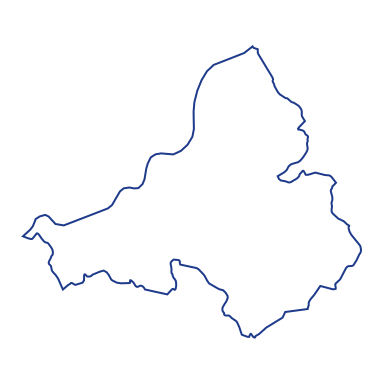 the border of Trenciansky
{"feature_id": "SVK-1055", "entity_name": "Trenciansky", "entity_type": "Region", "adm_level": 1, "iso_a3": "SVK", "parent_name": "Slovakia", "parent_adm1": "", "projection": "orthographic", "projection_center": [18.211, 48.911], "detail": "fine", "context": "isolated", "style": "outline", "palette": "blue", "viewbox_px": 384, "rotation_deg": 0, "n_neighbors": 0, "source": "natural_earth", "source_scale": "10m", "svg_char_len": 4950}
<svg xmlns="http://www.w3.org/2000/svg" viewBox="0 0 384 384"><path d="M173.3,154.4L180.9,150.9L187.6,144.7L192.4,136.7L193.9,129.0L193.6,113.5L193.6,111.4L194.4,102.1L197.3,90.7L201.6,80.1L207.0,71.2L213.7,64.9L244.2,53.0L252.6,46.4L253.6,47.9L257.7,49.2L257.8,51.9L257.8,52.6L258.0,53.3L258.2,53.9L272.3,77.2L272.8,78.4L273.1,79.3L273.0,79.8L272.7,80.7L272.6,81.1L272.8,81.7L273.9,83.9L274.2,84.6L274.3,85.2L274.3,85.5L274.6,86.3L277.5,91.5L278.7,93.2L280.0,94.5L285.5,98.1L285.8,98.2L286.6,98.2L287.2,98.3L287.9,98.8L290.7,101.4L291.6,102.0L292.5,102.4L293.8,102.7L298.0,105.4L299.2,106.4L301.0,109.0L301.7,110.7L301.8,113.2L301.7,114.6L301.9,116.0L302.2,116.7L304.9,121.1L298.8,127.5L298.0,128.8L298.3,129.5L298.7,129.6L299.6,129.6L302.9,130.5L303.3,130.9L303.9,131.3L304.4,131.9L304.7,132.5L305.4,134.0L305.6,134.4L306.0,134.7L306.8,135.2L307.2,135.5L307.6,135.9L307.9,136.4L308.0,136.9L307.9,137.6L307.6,139.0L307.5,139.5L307.5,140.1L307.7,140.5L307.7,141.0L307.6,141.6L307.2,142.6L307.0,143.3L307.0,144.0L307.7,148.6L307.2,150.6L306.0,152.9L303.1,157.3L300.5,160.4L298.3,162.1L291.5,164.1L290.1,165.0L288.7,166.3L286.6,170.1L285.3,171.4L284.4,172.2L277.7,176.2L279.0,179.0L280.9,180.5L285.1,181.2L288.3,182.3L289.2,182.5L290.9,182.1L296.9,178.5L298.5,177.0L299.3,175.8L299.4,175.2L299.5,174.6L299.9,174.0L302.8,170.8L303.3,170.8L303.9,171.3L305.3,174.1L305.8,174.8L308.0,174.8L315.3,172.6L324.8,175.0L329.2,175.4L330.5,176.1L331.4,176.8L336.0,182.7L334.9,183.8L334.4,184.5L333.8,185.1L333.4,185.5L332.9,185.8L332.6,186.1L332.4,186.5L332.3,187.1L332.1,187.8L331.8,188.6L331.1,189.6L330.8,190.3L330.9,191.7L332.3,196.9L332.4,198.7L332.3,200.1L331.7,202.2L331.5,203.1L331.6,204.1L331.9,205.7L332.0,206.5L331.9,207.4L331.6,209.6L331.6,211.5L332.1,212.6L333.1,213.9L338.3,218.6L338.9,219.0L339.5,219.2L340.5,219.6L341.1,219.9L342.0,220.4L342.5,220.7L343.5,221.0L347.1,224.4L348.5,225.2L349.2,225.7L349.2,226.0L348.7,226.7L348.6,227.5L348.7,228.7L349.4,231.2L350.2,232.9L351.7,235.3L359.6,245.0L360.3,246.1L361.0,249.4L360.8,251.7L360.6,252.4L360.1,253.3L359.3,254.4L356.6,260.2L353.5,265.1L352.7,265.7L351.6,266.0L348.3,266.2L347.0,266.9L345.9,268.3L340.5,278.7L339.6,279.9L336.4,282.8L335.6,283.7L335.2,284.4L335.7,287.4L335.7,288.8L334.2,289.2L332.9,289.3L320.3,286.0L314.2,294.9L310.8,298.9L309.8,300.4L309.2,301.5L308.8,302.6L308.7,303.2L308.7,303.8L308.7,304.3L308.7,304.8L308.7,305.4L307.9,307.7L307.8,308.3L307.7,309.0L285.2,312.0L282.6,317.6L266.4,327.5L259.1,334.0L255.7,336.0L255.3,336.4L255.1,336.8L255.1,337.2L254.8,337.5L254.3,337.6L252.7,336.3L251.2,334.1L250.8,333.8L250.3,334.1L249.7,335.3L249.2,336.6L249.1,336.9L247.5,336.8L241.8,334.7L239.2,326.9L237.0,322.1L236.0,321.0L231.5,317.9L230.3,316.6L229.5,315.8L228.6,315.5L225.8,315.5L224.8,315.2L224.2,314.6L224.1,313.0L223.4,312.2L222.8,311.4L222.4,310.0L222.5,307.7L224.4,304.3L226.4,301.3L227.7,298.0L227.6,295.9L225.7,292.8L223.1,290.2L219.1,289.2L209.2,283.5L207.3,280.9L204.8,276.2L203.6,274.5L198.6,269.3L196.7,268.1L180.4,264.6L180.0,264.1L179.8,262.6L179.8,261.6L179.7,260.9L179.1,260.4L178.4,260.0L173.6,259.6L172.0,260.9L170.8,262.4L170.6,263.3L170.7,264.5L171.2,266.6L171.4,268.1L171.5,269.6L171.4,271.9L171.6,272.9L171.8,273.5L172.1,273.7L172.3,274.1L172.5,274.6L172.7,275.7L173.7,278.0L173.9,278.3L174.0,278.4L174.4,278.6L174.5,278.7L174.7,279.3L174.9,279.6L175.2,279.9L175.4,280.2L175.7,280.6L176.1,282.8L176.2,284.8L176.1,286.3L175.7,288.5L175.3,289.4L174.8,289.8L173.8,289.3L173.2,288.9L172.3,289.1L171.7,289.6L167.3,294.4L145.0,289.5L144.6,288.7L144.1,287.9L142.6,286.3L141.5,285.8L140.3,285.7L139.4,286.0L138.6,286.5L137.3,286.9L136.5,286.7L135.4,285.7L133.6,282.7L131.8,281.0L131.0,280.4L130.3,280.2L130.1,280.5L130.0,280.9L130.0,281.3L130.1,281.8L130.2,282.4L130.0,282.8L128.7,283.1L120.8,283.3L116.6,282.6L112.3,280.4L111.6,279.9L111.1,279.3L108.6,274.7L106.6,272.2L103.6,270.6L99.7,271.7L92.5,274.7L91.1,276.0L90.5,276.3L89.7,276.5L87.5,276.5L86.9,276.3L85.3,274.5L84.8,274.3L84.4,274.5L84.3,275.0L84.1,275.7L84.0,277.2L84.1,278.3L84.1,278.8L84.0,279.3L84.0,279.8L84.0,280.5L83.3,281.4L82.6,282.7L75.2,284.9L71.9,283.0L71.4,283.0L70.8,283.1L70.4,283.6L69.9,284.0L68.3,284.9L62.9,289.5L58.1,278.6L55.5,274.8L53.4,272.6L52.4,271.3L51.8,270.3L51.1,266.5L50.5,265.4L49.2,264.3L48.8,263.4L48.7,262.6L49.1,261.3L49.5,260.4L50.4,258.8L50.8,257.9L51.2,256.6L51.5,256.0L52.4,255.1L52.8,254.1L52.9,251.7L52.3,249.5L51.1,247.3L49.2,244.7L48.3,243.5L47.6,242.9L45.6,242.4L45.1,242.2L44.7,241.9L44.3,241.6L43.9,241.3L41.8,238.8L39.1,234.9L37.9,233.6L36.7,233.4L32.9,238.2L32.1,238.9L31.5,239.0L30.8,239.0L28.1,238.3L23.0,236.3L30.3,229.6L32.8,226.3L34.9,221.3L35.6,219.1L39.8,216.4L45.2,214.9L48.6,216.5L55.5,224.0L63.8,225.4L89.3,215.6L107.9,208.4L112.0,205.1L119.9,191.5L123.6,188.4L129.2,187.5L134.1,188.4L138.4,188.1L142.6,184.0L144.5,179.3L146.3,168.5L147.8,163.4L150.8,157.3L155.6,154.3L161.1,153.4L173.3,154.4Z" fill="none" stroke="#1e3a8a" stroke-width="2"/></svg>